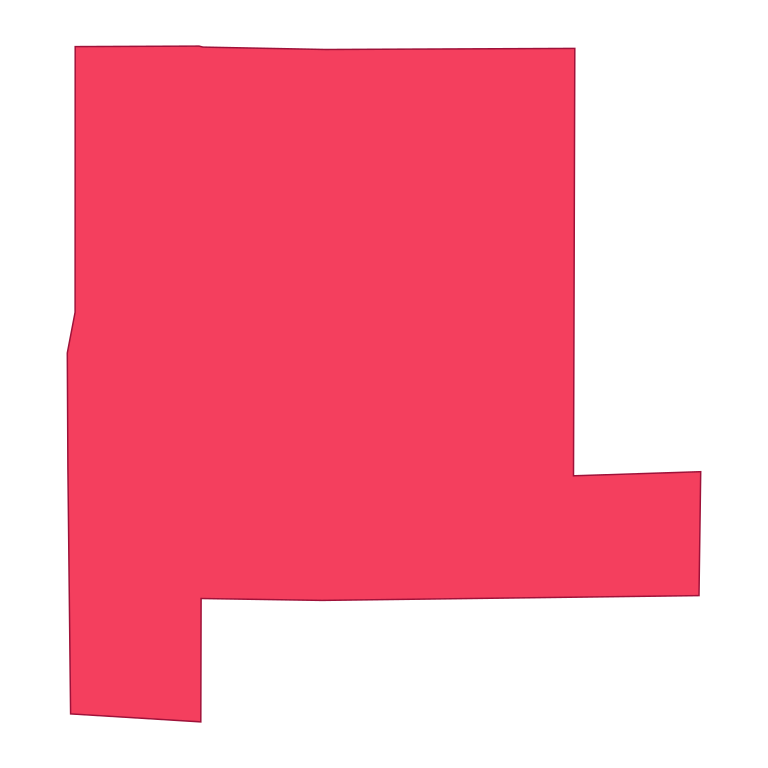 Fayette, Illinois, United States of America
{"feature_id": "52423323B95839932442393", "entity_name": "Fayette", "entity_type": "district", "adm_level": 2, "iso_a3": "USA", "parent_name": "United States of America", "parent_adm1": "Illinois", "projection": "natural_earth1", "projection_center": [-89.043, 38.977], "detail": "fine", "context": "isolated", "style": "filled", "palette": "rose", "viewbox_px": 768, "rotation_deg": 0, "n_neighbors": 0, "source": "geoboundaries", "source_scale": "gbopen_adm2", "svg_char_len": 313}
<svg xmlns="http://www.w3.org/2000/svg" viewBox="0 0 768 768"><path d="M574.8,48.4L325.5,49.5L203.0,47.1L199.1,46.1L75.2,46.6L75.1,312.3L67.3,353.0L67.9,467.7L70.6,713.9L200.8,721.9L201.1,598.5L322.0,600.4L699.0,595.6L700.7,471.7L573.5,475.8L574.8,48.4Z" fill="#f43f5e" stroke="#9f1239" stroke-width="1.5"/></svg>